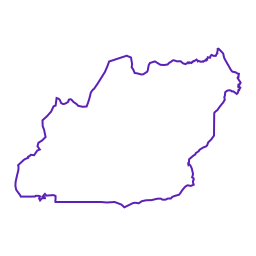 Ado Odo/Ota, Ogun, Nigeria (Mercator projection)
{"feature_id": "59680162B74094197759690", "entity_name": "Ado Odo/Ota", "entity_type": "district", "adm_level": 2, "iso_a3": "NGA", "parent_name": "Nigeria", "parent_adm1": "Ogun", "projection": "mercator", "projection_center": [3.173, 6.633], "detail": "fine", "context": "isolated", "style": "outline", "palette": "violet", "viewbox_px": 256, "rotation_deg": 0, "n_neighbors": 0, "source": "geoboundaries", "source_scale": "gbopen_adm2", "svg_char_len": 5258}
<svg xmlns="http://www.w3.org/2000/svg" viewBox="0 0 256 256"><path d="M18.1,165.2L18.4,165.8L18.5,168.1L18.3,170.4L16.9,176.0L15.6,181.9L15.4,185.9L16.2,189.8L20.0,195.0L20.8,196.6L30.6,196.6L35.0,196.5L35.8,195.8L38.1,195.9L38.9,195.9L39.5,196.1L40.1,196.4L39.1,198.4L40.1,200.4L42.0,198.2L44.9,198.2L44.7,197.2L44.0,196.8L43.5,196.7L42.8,196.3L44.1,194.8L44.9,193.9L46.3,195.6L49.4,195.4L53.4,195.1L55.5,195.9L55.6,198.4L55.3,201.6L55.5,202.0L61.1,202.0L66.4,202.0L80.5,202.0L85.9,202.0L92.5,202.0L96.7,202.0L97.9,202.0L98.8,202.0L101.1,202.0L106.8,202.5L114.6,202.0L121.5,204.6L124.3,207.3L128.5,205.3L132.5,203.3L133.5,203.0L134.1,202.9L134.9,202.8L135.3,202.8L136.5,202.9L138.7,203.3L141.8,201.2L145.9,200.3L148.0,200.2L151.3,200.1L151.7,200.1L154.4,199.4L157.5,198.7L160.7,198.6L162.5,199.7L165.5,199.7L167.9,198.5L170.8,198.5L172.4,196.8L175.1,195.8L179.1,194.7L180.5,192.9L181.5,191.3L181.8,190.8L184.2,187.8L184.9,187.1L185.5,186.5L186.6,185.8L187.6,185.3L190.8,185.9L193.5,184.8L193.7,184.7L193.0,182.6L193.1,180.5L193.7,179.7L193.6,178.3L192.1,177.3L193.0,174.7L192.9,174.1L192.9,173.4L192.6,172.0L192.0,169.5L191.8,168.6L191.3,167.4L190.5,165.7L190.3,165.4L189.3,164.3L188.5,165.0L188.2,163.9L188.3,162.8L189.0,162.2L189.1,159.3L193.4,155.6L195.3,154.5L195.7,153.2L198.7,151.2L199.5,149.8L203.2,147.5L205.9,146.5L206.7,145.8L207.1,145.4L208.2,142.4L208.8,141.8L210.9,139.8L211.6,139.0L212.2,138.1L214.0,135.6L214.2,115.4L214.2,114.9L214.2,114.2L214.4,112.6L216.1,111.0L217.1,110.3L217.6,109.8L218.0,109.2L219.0,107.7L221.7,104.2L223.1,102.6L224.2,100.7L224.8,99.8L224.6,99.3L224.6,98.6L224.3,97.1L224.9,95.6L225.2,92.3L226.7,91.0L228.1,90.4L229.0,90.3L229.6,90.3L231.4,90.8L231.9,91.4L233.4,91.4L236.7,93.9L236.9,93.6L237.3,93.4L237.9,92.7L238.2,91.6L238.5,89.9L239.2,90.0L239.5,88.8L240.3,87.8L240.3,87.5L238.6,87.1L238.3,87.0L238.2,86.8L238.7,86.2L238.4,85.9L239.0,85.2L238.7,84.9L238.6,84.7L239.4,84.6L239.4,84.1L240.1,83.7L240.2,83.4L240.4,83.0L240.5,82.8L240.6,82.7L239.8,81.4L238.3,79.1L237.6,77.9L237.8,77.7L238.0,77.6L238.1,77.4L238.3,77.2L238.5,77.0L238.4,76.9L238.2,76.6L238.3,76.4L238.4,76.2L238.5,75.8L238.6,75.1L238.8,74.7L238.9,74.1L238.9,73.8L238.2,73.7L237.8,73.6L237.1,73.3L236.8,73.2L236.1,72.6L235.9,72.4L235.5,72.3L234.2,72.0L233.4,71.9L232.5,71.7L232.3,71.6L232.0,71.3L231.7,70.9L231.3,70.5L231.2,70.4L230.3,68.9L229.3,67.1L228.0,64.7L227.4,63.9L226.9,62.9L226.8,62.7L226.1,61.5L225.8,60.9L224.8,59.2L224.5,58.5L224.3,58.1L224.0,57.3L223.8,56.4L223.3,53.9L222.9,53.2L222.5,52.7L221.9,52.2L221.0,51.2L220.6,50.8L219.5,49.6L218.5,48.7L218.4,48.7L218.3,48.9L218.0,48.9L217.9,49.0L217.7,49.0L217.7,49.9L217.7,50.2L217.1,52.8L217.3,53.4L217.0,53.5L216.3,54.5L216.1,55.1L216.0,55.6L215.8,55.6L215.6,55.6L215.2,55.9L215.0,56.0L214.9,56.0L214.7,55.9L214.3,55.8L213.8,55.8L213.6,55.8L213.4,55.8L213.3,55.7L213.0,55.6L212.8,55.5L212.6,55.4L212.1,55.1L211.6,54.9L211.5,55.0L210.9,55.5L210.6,55.9L210.5,56.3L210.4,56.7L210.2,56.9L210.1,57.1L210.1,57.7L209.7,57.7L209.3,57.5L208.9,57.5L208.3,57.4L208.2,57.5L207.9,57.4L207.9,57.7L207.8,57.8L207.7,57.8L207.5,58.4L207.3,58.7L207.1,58.9L207.1,59.0L207.0,58.9L206.9,58.8L206.6,59.0L205.9,59.7L205.9,59.9L205.9,60.0L205.9,60.6L205.4,60.6L205.2,60.6L204.7,60.7L204.4,60.7L204.3,60.8L204.3,61.0L204.2,61.1L203.8,61.4L203.5,61.5L203.4,61.6L203.0,61.4L202.7,61.3L202.5,61.5L202.0,61.7L201.4,61.7L201.2,61.7L201.1,61.8L200.9,61.8L200.6,61.7L200.1,61.5L199.7,61.3L199.3,61.2L199.1,61.1L198.7,61.1L198.3,61.2L198.0,61.3L198.0,61.2L197.9,60.8L197.6,60.6L196.7,59.9L196.4,59.6L195.7,60.2L195.6,60.3L195.3,60.4L195.2,60.5L194.6,60.8L194.1,61.1L193.9,61.2L193.6,61.0L193.4,61.1L193.2,61.3L193.1,61.5L192.8,61.7L192.7,61.9L192.6,62.0L192.4,61.9L192.2,62.2L192.0,62.3L191.7,62.4L191.6,62.5L191.4,63.0L190.6,62.8L190.3,62.8L190.2,62.8L189.9,62.4L189.4,62.4L189.2,62.5L189.2,62.8L188.9,63.1L188.6,62.7L188.3,62.4L188.1,62.4L188.0,62.5L187.9,62.5L187.8,62.4L187.7,62.4L187.6,62.5L187.4,62.7L187.3,62.9L187.2,63.0L186.9,63.4L186.7,63.5L186.0,63.8L185.5,64.0L185.3,64.1L185.0,63.9L184.9,63.9L184.5,63.8L184.2,63.7L183.7,63.6L183.3,63.4L183.1,63.3L183.0,63.2L182.7,63.1L182.3,62.7L181.9,62.4L181.7,62.2L181.4,62.0L181.3,61.8L181.1,61.5L180.9,61.4L180.5,61.3L180.0,61.3L179.7,61.2L179.1,61.2L178.7,61.3L178.3,61.3L178.0,61.3L177.6,61.3L177.3,61.3L176.8,61.3L176.4,61.2L176.1,61.0L175.6,60.8L175.1,60.7L174.7,60.6L173.6,60.2L172.7,60.5L171.7,61.2L170.4,62.2L169.2,62.8L167.6,64.5L164.2,65.0L160.4,64.8L154.9,61.4L149.9,63.0L148.7,65.2L147.8,70.2L147.2,71.7L143.2,74.3L141.4,74.5L137.4,73.4L134.7,73.0L133.1,69.3L131.7,67.3L132.1,64.1L131.0,57.5L127.3,56.0L126.8,55.7L109.1,61.5L107.3,66.5L104.9,72.0L98.1,82.9L94.3,88.5L93.8,89.1L92.9,89.7L91.7,91.2L90.7,93.0L90.1,95.7L89.1,99.4L88.0,102.8L86.6,106.5L82.7,106.8L78.2,105.8L76.5,104.0L74.7,102.8L73.5,102.0L71.3,99.5L70.6,99.3L69.3,99.4L68.8,99.7L68.8,100.3L68.6,100.7L68.3,101.0L68.2,101.8L66.9,102.7L65.0,103.7L63.8,104.0L62.8,103.9L61.2,103.2L59.7,99.7L58.7,98.8L56.6,98.0L55.6,105.6L53.6,106.3L51.1,111.6L47.2,116.0L42.5,120.3L42.7,126.2L44.0,129.5L45.6,137.0L42.2,140.4L38.4,142.8L37.5,146.3L39.8,149.5L37.2,150.6L34.1,155.2L30.8,154.8L29.6,156.1L28.1,156.7L28.2,157.8L25.2,159.0L23.8,159.9L18.1,165.2Z" fill="none" stroke="#5b21b6" stroke-width="2"/></svg>